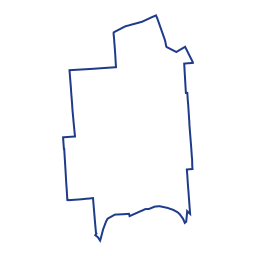 Ulmeni, Calarasi, Romania (Mercator projection)
{"feature_id": "2599482B95342273049795", "entity_name": "Ulmeni", "entity_type": "district", "adm_level": 2, "iso_a3": "ROU", "parent_name": "Romania", "parent_adm1": "Calarasi", "projection": "mercator", "projection_center": [26.717, 44.181], "detail": "fine", "context": "isolated", "style": "outline", "palette": "blue", "viewbox_px": 256, "rotation_deg": 0, "n_neighbors": 0, "source": "geoboundaries", "source_scale": "gbopen_adm2", "svg_char_len": 1624}
<svg xmlns="http://www.w3.org/2000/svg" viewBox="0 0 256 256"><path d="M184.8,222.9L185.5,222.3L186.2,221.7L186.3,220.5L186.9,214.7L187.2,211.5L187.2,211.2L190.1,213.9L188.3,189.6L188.0,186.1L187.4,177.0L187.2,173.9L186.9,170.6L186.8,169.5L192.5,169.0L192.2,165.4L192.2,163.6L192.2,162.8L192.1,159.5L192.1,158.9L191.9,157.5L191.3,148.8L189.6,127.1L189.4,124.6L189.3,121.3L189.1,119.0L188.7,112.6L188.2,105.0L187.8,100.4L187.3,92.9L185.9,93.0L185.1,79.6L184.2,63.6L188.5,63.2L189.2,63.2L192.9,62.9L192.9,62.7L192.7,62.0L185.1,46.8L176.3,52.0L166.6,47.0L166.1,45.9L165.9,44.7L165.1,40.6L157.5,19.0L157.4,18.7L156.0,15.4L151.4,17.4L142.2,21.7L125.4,26.3L122.4,27.8L121.1,28.5L118.6,29.8L114.7,31.8L113.8,32.5L113.7,32.5L113.6,33.1L113.6,34.1L113.8,36.0L114.1,39.2L114.4,43.5L114.6,45.3L114.7,46.9L114.9,49.6L115.0,51.0L115.2,53.9L115.5,58.9L115.8,64.3L116.0,67.2L104.2,68.0L93.1,68.8L69.5,70.2L70.1,78.0L70.8,86.6L71.3,94.0L71.9,101.3L72.1,103.7L72.2,106.1L72.6,111.3L73.7,123.3L74.5,131.5L75.0,136.5L69.0,136.9L63.1,137.3L63.3,140.9L63.9,148.9L64.2,148.9L65.2,165.2L65.6,171.7L66.3,184.2L66.6,187.8L66.9,192.7L67.3,199.9L68.3,199.9L68.4,200.2L79.8,199.4L84.1,199.0L85.8,198.8L86.4,198.7L87.3,198.7L88.4,198.6L89.5,198.5L91.7,198.2L93.0,198.1L95.1,223.2L96.0,232.9L96.1,233.3L96.4,233.5L95.3,235.2L98.1,237.4L98.6,238.3L100.1,240.6L100.5,239.4L103.1,229.4L106.1,221.4L107.7,218.6L114.9,214.6L123.7,214.2L129.0,213.8L129.6,216.1L141.0,211.0L142.3,210.5L145.3,209.1L148.9,209.0L154.8,206.6L159.5,206.2L167.5,207.9L173.3,209.9L177.8,212.4L179.8,214.3L183.0,218.7L184.8,222.9Z" fill="none" stroke="#1e3a8a" stroke-width="2"/></svg>